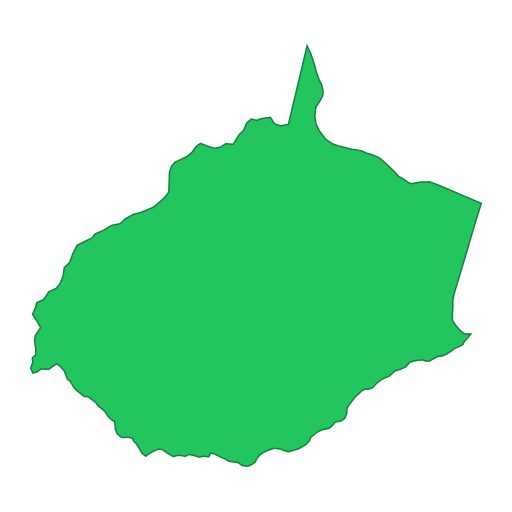 outline of Rio da Conceição, Tocantins, Brazil
{"feature_id": "56859067B79887168793854", "entity_name": "Rio da Conceição", "entity_type": "district", "adm_level": 2, "iso_a3": "BRA", "parent_name": "Brazil", "parent_adm1": "Tocantins", "projection": "albers", "projection_center": [-46.742, -11.308], "detail": "fine", "context": "isolated", "style": "filled", "palette": "green", "viewbox_px": 512, "rotation_deg": 0, "n_neighbors": 0, "source": "geoboundaries", "source_scale": "gbopen_adm2", "svg_char_len": 2979}
<svg xmlns="http://www.w3.org/2000/svg" viewBox="0 0 512 512"><path d="M35.6,307.4L32.5,314.2L34.4,317.4L37.5,322.0L40.6,327.7L38.6,330.7L35.4,335.5L34.5,340.9L35.8,348.6L35.6,355.2L32.3,357.8L32.8,362.3L30.7,368.1L32.8,373.1L37.1,371.9L41.1,368.9L45.2,369.2L49.0,369.2L52.8,366.3L56.8,363.8L60.1,366.3L64.1,370.7L66.0,375.1L67.4,379.2L70.4,381.5L72.2,384.6L74.3,388.0L77.3,391.0L80.2,393.2L83.9,396.3L88.3,396.9L92.6,400.2L96.0,402.7L98.1,406.0L101.1,408.2L104.6,411.1L107.9,416.3L111.6,419.8L114.7,421.7L115.1,425.2L115.3,429.2L117.3,433.9L121.6,437.5L127.9,437.2L132.1,438.1L134.1,441.6L136.6,444.1L139.0,447.9L142.1,453.3L145.7,456.2L150.0,453.1L154.7,450.6L158.6,449.1L162.3,449.5L165.6,451.9L169.8,454.6L173.4,456.6L177.3,455.4L181.5,455.5L185.0,456.4L188.7,454.5L193.9,455.4L198.9,457.1L204.0,456.2L208.7,456.8L210.8,453.0L214.7,454.0L220.4,457.0L225.6,459.1L228.7,461.2L233.9,462.0L238.1,462.6L242.5,465.7L247.6,466.2L251.4,464.8L255.2,462.1L257.2,457.9L259.8,455.0L263.3,452.5L267.4,450.6L274.0,448.3L280.4,449.1L284.0,450.6L288.5,451.8L294.2,450.0L298.7,448.8L301.9,446.9L305.7,444.6L309.2,441.1L310.8,437.3L314.6,434.1L318.3,431.4L323.0,429.6L329.1,428.3L332.3,425.7L335.1,422.1L341.5,420.8L345.0,418.0L346.8,412.8L346.8,408.8L348.5,405.6L351.9,401.3L355.1,396.9L358.0,394.5L361.4,391.1L365.0,389.2L368.6,389.2L372.5,387.8L375.9,384.0L379.8,380.7L384.5,378.0L389.1,376.2L392.3,373.4L395.3,370.7L400.2,369.4L405.7,366.9L409.7,362.3L413.1,361.1L417.8,360.3L422.3,359.9L425.9,361.1L429.5,361.0L432.7,359.2L437.6,356.5L441.6,356.1L446.1,354.4L450.7,351.4L454.6,348.4L459.0,346.6L462.9,344.6L464.6,341.1L467.7,337.8L470.9,334.0L464.3,333.8L459.2,329.5L455.5,325.1L452.4,320.1L452.4,314.3L452.7,309.5L452.9,305.2L452.8,301.0L453.6,295.6L455.6,288.7L457.2,283.5L458.6,278.9L460.1,274.0L461.8,268.1L463.4,263.1L473.4,229.0L475.2,222.9L477.7,214.6L479.1,210.3L481.3,203.3L474.7,200.6L469.8,198.5L460.2,194.4L450.8,190.4L440.4,185.9L429.6,181.8L425.1,182.0L420.7,182.0L416.4,182.8L411.3,183.7L408.1,182.4L403.9,179.3L398.3,176.2L394.3,171.6L387.9,165.3L380.5,158.7L376.9,156.7L372.2,154.8L366.4,153.1L362.4,151.2L355.4,149.7L351.7,149.3L344.3,147.3L338.4,146.0L332.2,143.7L325.9,139.5L319.7,131.4L316.1,124.4L314.8,116.6L315.9,107.1L319.7,101.3L322.7,95.8L323.1,91.3L321.6,84.6L319.5,80.6L317.2,74.9L315.0,66.5L310.8,53.6L307.1,45.8L288.4,124.4L280.8,125.8L274.4,123.8L270.4,117.3L265.0,118.1L260.2,119.0L256.6,120.4L251.3,119.0L246.6,123.2L243.4,130.8L239.4,134.3L233.2,144.3L225.8,143.7L220.4,147.2L214.3,148.3L207.7,146.2L200.5,143.4L196.0,146.6L192.4,151.8L187.7,156.2L175.0,162.2L171.7,166.0L169.5,172.0L168.8,192.1L165.4,196.6L162.2,199.7L155.6,205.5L152.5,207.7L140.5,212.6L133.3,214.4L124.7,219.2L120.3,223.7L115.6,224.6L111.3,225.5L104.2,230.0L99.3,232.1L95.0,234.0L92.1,237.9L77.2,245.1L72.6,254.2L69.7,262.4L64.2,267.7L63.2,275.7L59.9,283.9L56.0,288.5L48.6,291.8L46.3,295.9L43.1,299.9L36.7,302.6L35.6,307.4Z" fill="#22c55e" stroke="#15803d" stroke-width="1.5"/></svg>